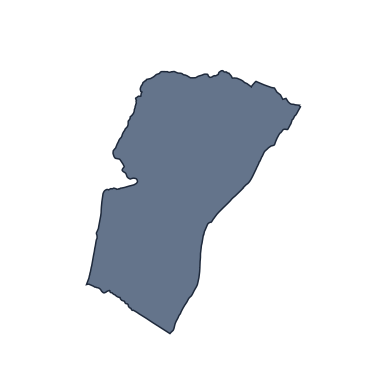 Mukomuko, Bengkulu, Indonesia (orthographic projection), rotated 248°
{"feature_id": "22746128B39825953538573", "entity_name": "Mukomuko", "entity_type": "district", "adm_level": 2, "iso_a3": "IDN", "parent_name": "Indonesia", "parent_adm1": "Bengkulu", "projection": "orthographic", "projection_center": [101.454, -2.731], "detail": "fine", "context": "isolated", "style": "filled", "palette": "slate", "viewbox_px": 384, "rotation_deg": 248, "n_neighbors": 0, "source": "geoboundaries", "source_scale": "gbopen_adm2", "svg_char_len": 5957}
<svg xmlns="http://www.w3.org/2000/svg" viewBox="0 0 384 384"><g transform="rotate(248 192 192)"><path d="M312.0,188.0L311.9,187.9L311.8,187.5L310.9,186.8L310.1,185.9L309.3,184.6L307.6,183.0L306.3,182.4L305.1,182.3L304.5,182.2L304.1,182.5L303.7,183.0L303.4,183.0L302.8,182.1L300.7,180.8L300.1,180.6L300.0,180.1L300.9,178.2L300.3,176.1L300.2,175.1L299.7,174.7L297.8,174.8L297.3,174.2L295.1,173.6L294.5,172.8L293.8,172.4L292.6,171.3L291.9,171.1L290.0,169.4L288.4,168.6L286.5,166.8L286.3,165.9L285.7,165.4L284.8,162.8L283.7,162.4L282.7,161.4L281.6,159.4L278.6,158.1L277.5,157.3L276.8,156.6L275.3,153.4L274.9,153.2L274.3,152.6L273.7,151.5L272.6,150.1L271.5,149.0L270.2,148.0L269.1,146.8L268.5,145.3L267.4,143.7L266.5,142.9L264.5,140.6L262.1,138.3L261.5,137.8L260.9,136.5L260.3,135.4L259.6,134.3L258.9,134.0L257.6,133.3L256.2,133.1L254.4,133.0L253.4,133.1L252.1,133.5L251.6,134.1L250.2,136.3L249.5,137.2L249.0,137.4L246.7,137.9L243.6,138.5L241.0,138.7L240.5,138.2L239.9,137.0L239.1,135.9L238.4,135.4L237.6,135.5L236.9,135.8L236.1,136.3L235.2,137.0L234.3,137.5L233.9,137.6L233.5,137.6L232.1,137.6L231.2,137.5L230.1,137.6L228.7,138.2L227.5,139.2L227.1,139.7L227.1,141.1L226.9,142.4L226.6,143.3L225.6,144.8L224.9,145.4L223.8,145.6L222.6,145.5L221.9,145.3L221.3,144.5L220.9,143.8L220.7,143.1L220.4,140.8L220.5,140.1L220.8,137.6L221.0,136.4L221.5,131.1L222.0,128.3L222.3,127.3L222.3,126.6L222.0,126.2L222.4,125.3L222.3,124.6L222.5,124.0L222.7,123.2L223.5,122.8L223.7,122.6L224.1,121.9L224.7,121.3L224.9,121.0L224.9,120.2L224.8,119.9L224.8,119.5L224.9,119.0L225.3,118.4L225.5,118.1L225.5,117.5L225.4,116.8L225.3,116.1L225.2,115.5L225.8,114.9L226.1,114.4L226.3,113.7L226.2,112.8L226.1,112.4L226.0,111.8L225.6,110.9L224.9,110.0L224.5,109.6L223.8,108.9L222.6,108.2L216.9,104.9L215.2,104.0L211.9,102.3L209.2,101.0L206.7,99.9L203.9,98.3L195.0,92.6L193.3,91.6L191.8,90.1L191.1,89.4L190.6,88.8L189.8,88.0L189.2,87.8L188.9,87.7L188.1,87.7L187.7,87.7L186.5,87.4L184.7,86.7L183.6,85.5L182.1,84.5L178.3,82.2L176.1,80.7L173.5,79.2L170.5,77.2L168.1,75.7L161.2,71.4L159.9,70.4L156.8,68.4L155.6,67.6L155.0,67.0L154.0,66.5L152.9,65.6L150.8,64.2L149.3,62.8L148.2,61.8L145.7,59.5L145.5,61.0L145.1,61.9L143.8,63.2L141.4,65.5L140.4,66.1L139.7,67.3L139.1,67.8L138.3,69.1L137.8,69.6L136.6,70.4L135.4,70.8L134.0,71.0L132.6,71.6L131.8,72.1L131.4,72.7L131.3,73.5L131.4,75.0L131.7,75.7L131.7,76.6L131.7,78.4L131.6,78.6L131.3,78.8L130.3,78.6L129.6,78.7L129.1,79.1L128.7,79.8L128.4,80.2L127.7,80.4L127.2,80.7L126.8,80.9L126.1,81.4L125.6,82.0L123.8,82.9L122.6,83.8L121.4,85.2L121.2,85.7L120.9,85.8L120.0,85.6L119.5,85.7L118.0,86.2L117.6,86.6L116.1,88.3L115.7,88.4L113.9,88.5L113.5,88.7L112.9,89.4L112.5,90.1L112.1,90.4L111.6,90.6L110.8,90.4L110.2,90.3L109.5,90.3L109.1,90.4L108.2,90.7L107.8,91.0L107.1,91.7L106.9,91.8L105.7,91.8L105.3,91.9L104.8,92.2L104.5,92.6L104.2,93.5L103.9,93.7L103.5,94.0L100.9,96.0L99.0,97.2L92.3,102.1L86.0,106.4L69.0,118.5L69.8,120.1L70.4,121.7L70.8,122.7L71.4,123.4L72.4,124.3L75.1,126.2L76.3,127.1L78.0,128.8L80.5,131.8L82.1,133.4L82.9,134.4L83.2,135.1L83.5,135.6L84.7,136.7L85.8,137.9L87.5,139.9L89.2,142.1L89.7,142.7L90.4,143.9L90.8,144.3L91.2,145.0L91.9,146.0L94.3,148.8L94.8,149.6L95.2,150.5L96.0,152.6L97.3,154.3L99.7,157.0L101.2,158.9L102.5,160.6L104.0,162.2L106.1,163.7L110.1,166.4L115.0,169.1L118.1,170.6L118.6,170.8L119.0,170.9L119.0,171.0L124.8,173.6L126.1,174.3L127.9,175.2L131.7,176.8L136.8,179.6L138.9,180.7L140.8,182.1L146.9,185.8L148.1,186.7L148.0,186.9L151.0,188.9L151.3,189.4L153.2,191.3L155.9,194.0L156.6,194.9L156.9,195.6L157.1,197.2L157.0,198.0L156.9,198.2L156.8,198.3L157.1,199.1L158.9,201.6L159.7,203.0L160.3,203.9L162.0,206.7L163.2,209.2L165.8,215.3L168.2,221.2L169.6,224.4L170.4,225.8L170.9,226.9L171.4,228.2L172.1,230.4L172.5,231.4L175.1,237.8L176.6,241.2L176.9,241.2L178.5,245.0L178.9,246.7L179.3,247.7L180.2,249.4L181.8,251.6L183.7,253.9L189.7,260.5L190.6,261.3L191.2,262.1L193.7,264.8L194.6,265.3L194.7,265.9L195.5,266.9L198.3,269.7L198.8,270.5L201.9,273.8L202.2,274.3L202.7,275.2L203.0,276.1L203.4,277.1L203.6,277.8L204.4,279.6L205.0,282.5L205.0,283.3L204.8,283.9L204.7,285.0L204.8,286.0L205.0,286.3L207.4,288.4L209.1,290.1L210.0,291.0L212.6,294.1L213.4,295.3L213.7,296.0L213.8,296.7L214.9,298.6L215.3,299.2L215.6,299.8L215.7,300.2L215.6,301.1L215.4,301.8L214.9,302.5L214.7,302.7L214.6,303.2L214.3,303.6L214.2,303.8L214.2,304.1L214.3,304.4L216.5,307.1L217.5,308.2L217.6,308.5L218.6,309.6L219.6,310.4L221.5,312.0L221.8,313.2L222.8,314.3L224.0,315.6L224.4,316.9L225.5,318.5L227.6,321.0L230.4,324.5L231.1,324.2L232.3,323.5L232.8,322.9L232.8,323.0L234.1,320.5L235.3,319.0L236.1,317.2L237.2,316.1L239.4,315.0L243.6,314.2L243.9,310.9L248.9,310.4L252.9,308.1L257.5,307.4L259.2,304.7L264.3,299.0L269.6,293.7L270.5,292.9L270.6,292.7L270.3,291.8L268.4,288.0L267.5,286.6L267.2,286.4L269.1,285.3L271.2,284.0L271.8,283.7L273.7,281.8L275.9,280.7L277.7,279.3L278.8,278.2L279.4,277.5L280.3,276.7L281.0,275.7L281.2,275.2L281.4,274.8L281.8,274.1L281.9,273.7L282.4,272.3L282.6,272.0L283.4,271.9L284.2,272.0L285.7,271.6L288.4,270.7L288.5,270.2L289.2,269.6L289.4,269.2L289.6,269.1L290.1,269.1L290.3,269.0L290.7,268.3L290.8,267.6L291.0,267.1L291.8,266.5L292.5,266.3L292.7,266.1L293.1,265.7L293.3,265.0L293.4,264.7L293.3,263.8L292.8,261.8L291.8,260.8L291.2,260.5L291.1,260.1L291.0,258.7L290.9,258.1L290.9,257.4L291.1,256.8L291.5,256.3L291.5,255.0L291.2,253.6L291.2,253.0L291.3,252.4L291.6,251.5L292.0,251.2L292.3,251.1L293.4,250.6L294.5,250.7L295.3,250.5L295.9,249.4L296.5,248.0L296.7,246.6L296.6,245.3L297.0,241.2L296.6,238.2L297.5,235.6L298.5,233.3L301.7,230.9L303.1,229.4L303.5,228.6L304.2,227.8L305.5,227.1L306.3,226.1L307.1,224.4L307.6,223.4L309.0,222.0L310.3,220.8L310.8,219.5L310.8,218.9L311.2,217.9L311.2,217.0L311.4,215.8L312.0,214.9L312.7,214.4L315.0,209.0L315.0,207.7L314.1,206.2L314.3,202.9L313.3,200.1L313.1,199.1L312.7,196.2L313.4,191.9L312.6,191.1L312.5,189.5L312.1,188.7L312.0,188.0Z" fill="#64748b" stroke="#1e293b" stroke-width="1.5"/></g></svg>